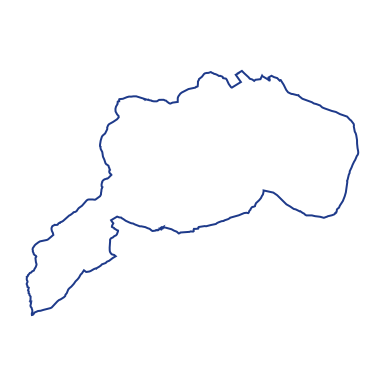 Sura Mare, Sibiu, Romania (Equal Earth projection), rotated 179°
{"feature_id": "2599482B88459780268124", "entity_name": "Sura Mare", "entity_type": "district", "adm_level": 2, "iso_a3": "ROU", "parent_name": "Romania", "parent_adm1": "Sibiu", "projection": "equal_earth", "projection_center": [24.193, 45.89], "detail": "fine", "context": "isolated", "style": "outline", "palette": "blue", "viewbox_px": 384, "rotation_deg": 179, "n_neighbors": 0, "source": "geoboundaries", "source_scale": "gbopen_adm2", "svg_char_len": 5986}
<svg xmlns="http://www.w3.org/2000/svg" viewBox="0 0 384 384"><g transform="rotate(179 192 192)"><path d="M331.4,151.5L336.8,147.1L337.9,146.6L344.8,145.3L346.4,144.4L349.3,142.3L350.2,141.4L352.1,138.7L352.4,137.5L352.1,136.0L352.2,135.2L351.4,133.5L351.4,132.9L350.6,131.8L349.2,130.9L348.8,130.1L349.7,128.7L349.3,124.7L348.7,122.5L348.8,121.7L349.6,119.6L350.8,117.8L351.5,116.2L353.1,115.5L354.4,114.2L355.5,113.9L357.1,111.9L357.5,111.7L357.6,110.9L357.8,110.5L358.7,110.0L358.6,109.2L358.8,107.8L358.5,106.4L358.1,105.8L358.0,105.0L358.9,103.1L358.8,102.3L358.3,101.5L358.3,101.1L358.2,100.7L358.2,100.0L356.9,99.2L357.2,97.7L357.7,96.7L357.0,95.5L357.2,95.2L357.0,94.6L357.2,93.8L356.3,92.8L356.3,91.7L355.2,90.3L355.4,86.3L355.7,85.9L355.0,85.6L355.4,85.3L355.5,85.0L354.8,84.1L355.5,81.2L355.3,80.2L354.3,78.8L354.2,78.0L353.8,76.9L353.7,75.4L353.9,74.3L354.2,73.7L354.3,72.8L354.2,71.8L353.5,71.9L352.7,72.5L351.6,74.2L348.0,75.7L345.5,75.9L342.7,76.7L335.5,78.4L334.3,79.0L328.4,85.1L326.7,86.4L325.5,86.8L321.9,89.0L320.6,90.2L320.3,91.5L319.0,93.0L317.4,96.7L316.2,98.0L314.3,99.5L311.8,102.2L310.0,104.7L307.9,106.7L306.5,108.4L304.7,111.5L303.6,112.4L301.4,115.6L299.4,114.0L298.9,113.9L296.0,114.3L294.7,114.8L291.5,116.6L289.7,117.3L289.1,117.0L288.4,117.7L286.5,118.7L284.5,120.0L283.4,121.2L279.6,122.5L278.3,123.8L276.0,124.7L272.5,127.3L269.4,129.1L270.9,130.4L273.3,131.1L274.2,132.1L275.1,133.7L275.3,135.2L275.3,137.9L274.7,144.7L274.8,145.4L274.6,146.1L273.7,147.2L272.0,147.9L270.5,149.2L268.9,149.9L268.3,150.4L267.8,151.1L266.7,153.9L266.6,154.6L266.8,154.9L267.7,155.1L269.7,156.5L270.2,156.6L270.5,157.3L272.7,158.5L272.7,159.0L272.4,160.0L271.2,162.1L272.7,164.0L273.4,165.2L267.3,168.7L265.3,167.9L263.1,167.6L262.5,166.9L261.1,166.1L258.8,164.4L255.1,162.6L253.2,161.8L251.4,161.5L249.8,160.6L244.8,158.6L243.4,158.6L239.3,157.7L237.0,156.6L235.0,155.9L232.9,154.1L232.1,153.7L229.4,154.0L228.5,154.6L228.1,154.4L228.0,154.5L227.3,154.3L226.6,154.4L226.5,154.9L224.7,155.3L224.8,155.6L223.9,155.3L224.0,155.7L224.2,155.9L223.5,156.4L223.8,156.8L222.8,157.4L222.4,157.2L222.9,156.6L222.5,155.8L222.0,156.0L221.9,156.9L222.1,157.2L221.3,157.6L221.5,157.2L221.2,157.1L221.2,156.7L220.4,157.0L219.3,156.9L213.1,155.1L210.7,153.7L208.0,152.6L206.0,150.8L205.1,151.0L204.3,151.7L195.1,152.2L194.2,152.6L191.6,152.4L191.0,152.8L191.0,154.4L190.7,155.1L187.9,155.1L186.4,155.3L186.3,155.5L186.3,156.4L185.8,156.9L179.9,157.7L178.5,157.5L173.9,158.6L168.7,159.6L167.5,160.5L166.0,161.2L162.9,162.3L160.8,162.5L160.3,163.0L156.5,164.2L154.8,165.1L154.4,165.6L145.6,167.9L140.3,170.0L137.9,170.3L136.2,169.9L135.6,170.5L134.9,172.3L133.9,173.2L133.7,173.9L132.6,175.5L131.9,176.0L130.9,176.1L129.3,176.7L129.0,178.0L128.7,178.4L128.6,178.9L128.2,179.7L125.0,182.6L123.2,184.7L122.1,186.9L121.1,188.3L120.4,191.3L120.4,192.3L110.7,190.0L106.9,187.3L97.8,178.0L94.1,175.8L90.6,173.3L88.6,172.8L84.5,170.7L84.1,170.9L81.8,169.2L80.4,168.5L79.1,167.2L78.0,166.6L72.5,166.5L69.4,165.7L64.4,165.0L60.6,163.9L57.1,165.1L56.6,165.4L52.5,166.3L50.3,167.1L48.6,168.5L48.9,168.7L47.8,169.8L47.6,170.4L47.5,171.6L47.1,172.4L45.3,173.8L44.4,175.8L41.3,180.4L39.4,185.0L38.2,188.9L36.5,199.5L36.8,200.3L36.2,201.6L34.9,206.6L34.1,208.2L33.9,210.0L32.0,213.8L31.0,216.3L29.4,219.5L28.3,221.2L26.6,225.1L25.8,226.1L25.3,227.2L25.1,228.5L25.2,230.1L25.7,232.9L26.1,237.4L26.1,241.1L26.8,245.9L27.3,247.8L28.2,249.5L28.8,253.1L29.1,254.7L28.9,255.9L29.2,257.3L31.8,260.8L32.8,261.5L35.6,264.7L42.7,267.3L46.7,269.5L50.8,270.6L58.3,273.4L60.3,274.3L62.4,276.3L66.3,277.8L68.6,278.4L70.6,279.7L80.0,283.3L83.4,286.1L83.9,287.0L84.9,286.9L89.6,288.2L90.7,288.3L91.9,288.8L94.2,290.0L96.0,292.4L98.5,297.7L101.4,302.4L101.6,302.4L102.4,301.8L104.8,304.4L107.9,305.4L110.5,306.8L113.4,305.2L112.8,304.4L112.3,303.1L112.4,302.2L112.8,302.1L114.4,303.4L119.6,306.6L119.9,307.1L121.6,303.6L126.6,303.1L127.9,302.0L129.7,303.4L132.3,304.3L133.4,305.7L137.7,309.8L140.0,312.2L143.9,310.0L143.7,309.8L146.2,308.4L141.2,301.1L150.3,295.7L150.7,295.8L151.2,296.2L153.4,299.4L155.4,303.9L156.2,304.8L158.9,305.3L159.2,306.3L159.7,306.8L161.9,307.7L162.9,307.5L165.0,308.8L166.6,309.5L167.8,309.7L168.4,310.2L169.7,310.7L171.1,311.6L173.5,310.8L175.2,310.8L177.0,310.4L177.9,309.8L180.0,307.1L183.1,304.7L183.3,303.6L184.1,302.5L184.2,299.9L184.5,297.5L185.9,296.9L186.1,297.0L186.9,296.3L193.7,295.0L200.4,291.7L202.0,290.5L204.0,287.8L204.6,286.2L204.7,282.3L209.9,281.7L212.0,280.8L212.4,280.8L213.5,281.3L215.4,282.8L216.4,283.8L217.4,284.0L218.7,284.7L223.2,284.7L225.5,283.3L228.4,283.3L230.5,283.7L230.9,284.1L233.4,284.6L233.9,285.1L234.5,284.9L236.7,285.5L237.2,285.1L237.4,285.5L237.9,285.6L237.8,285.9L246.0,288.6L248.6,288.7L251.2,288.4L253.3,288.5L255.6,287.9L259.5,286.4L263.0,286.1L263.2,285.7L263.2,284.0L264.3,283.9L264.7,283.6L264.8,282.9L264.7,282.3L265.0,281.7L264.9,281.3L266.5,278.7L267.1,276.4L267.0,273.8L265.5,270.9L264.1,269.3L264.0,267.9L265.7,266.0L269.6,263.5L273.7,261.3L274.7,260.2L275.7,257.9L275.6,256.6L275.8,256.0L277.8,252.1L280.5,249.8L281.2,248.7L282.4,245.0L283.1,241.1L283.2,239.5L282.6,238.8L282.8,238.2L282.5,236.5L281.0,233.5L280.4,228.9L279.1,225.9L278.0,222.3L277.2,221.2L276.0,220.5L275.0,219.6L274.6,217.9L274.1,217.1L274.2,216.5L273.6,215.5L274.3,214.6L274.4,213.5L273.7,211.9L273.0,211.5L272.3,210.5L275.3,207.6L276.3,206.9L277.2,206.9L277.9,206.5L279.3,206.2L281.0,204.9L281.7,203.6L281.6,203.3L282.0,202.5L282.3,200.8L282.2,199.2L281.9,198.6L281.5,198.4L282.4,196.3L282.7,193.8L282.9,193.2L283.1,191.0L284.0,189.4L288.7,186.1L289.5,186.0L291.8,186.3L295.9,186.3L297.4,185.5L302.2,180.2L305.5,177.9L306.9,176.2L307.3,175.4L308.2,174.6L309.2,174.1L310.8,173.8L311.6,172.9L314.1,171.1L315.1,170.7L321.4,165.3L323.0,164.4L324.2,164.1L324.5,163.4L325.9,163.1L327.0,161.6L328.8,161.4L330.0,161.6L330.9,160.9L332.0,160.5L332.6,159.6L333.1,158.3L333.1,157.2L332.8,155.6L331.8,153.4L331.4,151.5Z" fill="none" stroke="#1e3a8a" stroke-width="2"/></g></svg>